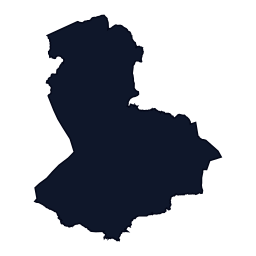 the district of Wassa East, Western, Ghana
{"feature_id": "2480657B7921909152770", "entity_name": "Wassa East", "entity_type": "district", "adm_level": 2, "iso_a3": "GHA", "parent_name": "Ghana", "parent_adm1": "Western", "projection": "albers", "projection_center": [-1.647, 5.368], "detail": "fine", "context": "isolated", "style": "filled", "palette": "ink", "viewbox_px": 256, "rotation_deg": 0, "n_neighbors": 0, "source": "geoboundaries", "source_scale": "gbopen_adm2", "svg_char_len": 5773}
<svg xmlns="http://www.w3.org/2000/svg" viewBox="0 0 256 256"><path d="M146.8,215.8L148.3,214.6L151.3,214.4L151.9,213.7L151.9,212.9L152.1,212.7L152.8,213.5L152.4,214.2L152.5,214.4L153.1,213.9L154.3,213.7L156.8,213.9L158.2,213.5L160.0,213.5L162.4,212.2L162.9,212.4L164.4,212.3L165.2,211.3L165.8,211.0L165.5,209.2L166.6,208.1L168.7,209.7L169.9,209.3L170.1,208.5L169.5,207.4L169.7,206.5L170.5,205.6L170.8,204.2L170.0,203.0L170.4,201.9L170.0,200.3L170.6,198.9L170.8,197.4L171.5,196.5L173.8,195.6L174.3,195.8L175.0,195.2L175.0,194.8L176.1,193.9L176.4,193.9L177.0,194.6L178.6,194.8L179.3,194.4L180.1,194.7L180.7,194.5L181.3,194.6L181.8,194.4L182.7,194.6L183.2,194.1L184.0,194.7L185.1,193.7L186.4,193.8L187.8,193.2L188.2,193.3L188.6,193.9L189.1,193.9L191.8,193.8L192.3,193.3L193.1,193.8L194.6,193.7L195.8,194.3L198.0,193.4L198.5,192.9L199.1,192.7L200.2,192.8L200.8,193.3L202.1,193.1L202.5,190.5L201.6,187.9L201.2,185.1L201.5,183.1L201.5,177.8L202.6,172.1L202.5,171.2L203.0,169.4L206.6,169.5L209.7,160.6L221.2,157.0L218.0,151.2L215.3,148.8L205.8,140.4L203.7,139.8L202.0,139.7L199.2,137.8L198.7,136.6L197.9,136.4L195.6,122.5L190.4,124.2L190.1,121.8L188.9,119.4L187.0,117.4L186.0,116.9L184.5,115.3L182.9,115.4L179.1,114.5L177.6,115.2L177.5,115.5L175.7,117.2L174.8,118.0L174.4,118.0L173.4,117.7L172.9,116.3L171.0,115.8L170.6,115.1L170.7,114.7L169.6,113.8L168.9,113.9L168.5,113.5L167.7,113.5L167.5,113.8L165.2,113.8L165.0,113.7L165.3,113.5L164.4,113.5L164.3,112.5L162.1,111.9L161.9,112.2L161.3,111.7L160.7,112.5L160.7,112.1L160.5,112.3L159.2,111.5L158.3,111.5L156.9,110.4L156.1,110.3L156.0,110.0L155.8,110.1L155.3,109.0L154.3,108.7L152.7,109.3L152.5,109.1L152.2,109.5L152.1,109.2L151.8,109.7L151.3,109.4L151.0,109.6L151.0,109.9L150.2,110.2L148.6,110.2L147.9,110.7L146.4,110.5L143.8,110.8L142.7,110.3L141.6,110.7L140.9,110.3L140.6,110.6L139.0,110.1L137.3,108.3L137.2,107.8L136.7,107.8L137.5,106.3L136.8,106.5L136.3,106.3L135.4,105.4L134.8,106.0L134.3,105.8L133.9,106.3L133.7,106.0L133.9,105.1L133.5,105.5L133.2,105.2L132.5,105.3L132.0,104.7L130.6,104.3L129.7,106.7L129.0,106.5L128.7,106.9L127.8,105.9L127.4,106.0L128.1,103.3L128.0,101.9L130.0,98.5L132.7,96.8L135.1,96.3L137.4,95.3L138.5,94.2L138.3,91.8L136.5,91.1L135.7,90.4L134.7,89.2L134.0,88.0L134.1,83.3L133.3,81.2L133.3,78.9L132.8,75.3L132.2,73.4L133.0,66.7L132.5,66.1L132.8,65.3L133.3,65.2L134.2,64.0L134.9,61.8L135.8,60.8L138.6,60.8L140.0,61.6L141.3,61.8L141.6,61.6L141.1,59.4L141.2,58.2L141.8,56.2L141.8,55.2L142.8,53.4L143.1,51.5L142.8,51.0L142.3,51.0L142.2,50.5L142.6,49.9L142.1,48.5L142.5,47.9L141.4,47.2L140.1,47.1L139.3,46.4L137.1,46.8L136.1,47.7L135.8,47.2L136.3,46.1L135.6,44.6L135.2,42.7L134.1,42.0L133.2,40.9L131.9,38.8L131.7,36.6L131.4,36.2L131.5,36.0L131.2,36.0L130.5,33.3L129.7,32.0L128.0,31.5L127.3,29.9L126.1,28.7L123.7,27.5L121.8,25.9L120.3,25.4L117.4,25.6L116.1,25.1L115.4,25.2L112.5,27.1L111.5,28.1L110.6,28.5L108.8,28.7L107.9,29.4L108.2,27.6L108.0,22.6L107.0,19.4L107.0,18.5L105.8,17.3L105.5,17.2L104.1,15.4L101.3,15.6L99.8,16.4L97.0,17.0L95.9,17.6L94.3,17.5L92.7,17.8L92.0,18.2L91.4,18.9L91.0,19.7L90.2,20.3L89.5,20.7L87.4,20.8L86.4,21.2L84.8,21.3L83.0,22.6L82.8,23.0L79.1,22.4L78.2,21.8L77.5,21.7L47.3,35.5L48.3,36.3L48.5,38.2L49.7,39.1L49.8,41.1L50.5,42.5L50.2,43.8L50.6,45.3L50.2,46.8L50.6,48.6L49.4,51.2L48.7,51.5L48.8,53.8L49.6,55.0L49.9,57.2L51.8,56.5L52.3,56.9L52.3,57.7L54.6,58.4L55.4,58.2L56.0,56.6L57.6,55.8L59.0,55.8L61.1,56.4L62.0,57.8L63.3,58.5L63.8,59.2L63.8,59.8L64.2,60.0L64.1,60.5L63.5,61.7L63.4,62.7L63.2,62.6L63.0,63.1L62.7,62.7L62.2,62.8L62.0,63.6L61.3,64.2L60.0,66.1L59.6,67.7L58.8,68.5L58.4,68.5L58.2,69.3L57.3,69.6L57.0,70.3L57.1,70.7L56.8,72.3L57.1,73.1L57.1,73.6L55.6,74.3L54.6,74.4L52.8,74.1L51.8,74.4L51.3,75.3L51.6,76.2L51.1,76.9L48.7,78.4L48.4,79.1L48.4,80.1L48.1,80.4L47.0,80.7L46.5,82.8L47.1,83.1L48.0,83.0L49.1,83.6L49.4,84.1L49.3,84.8L50.3,85.7L51.3,87.0L51.5,87.6L51.3,88.8L50.8,90.1L51.3,91.4L51.1,92.8L50.5,94.0L48.8,94.9L48.2,95.8L53.9,110.1L58.0,119.0L63.3,127.8L70.2,138.7L74.3,152.0L68.4,158.1L59.2,165.1L52.4,172.1L46.9,178.3L39.7,183.6L35.1,187.8L37.1,198.7L34.8,201.4L36.3,202.1L38.9,202.4L43.8,205.0L44.1,205.5L44.8,205.9L45.6,206.2L46.3,207.3L48.1,207.9L49.8,209.1L50.4,209.0L51.7,209.6L53.8,210.7L54.7,211.4L56.1,211.7L57.0,212.8L57.8,215.2L58.8,215.8L59.2,216.4L59.1,216.8L58.5,217.1L58.3,218.0L58.5,218.2L59.4,218.1L59.3,218.8L60.2,219.5L61.0,219.6L60.7,220.1L61.6,220.6L60.9,221.0L60.8,221.6L61.2,223.1L62.0,223.8L63.0,223.4L63.7,223.7L63.7,224.3L64.6,224.9L64.7,225.4L65.7,225.5L65.9,225.8L66.8,226.0L67.9,225.9L69.0,226.8L69.5,226.4L69.8,226.7L70.4,226.5L71.0,225.8L71.4,226.2L71.8,226.3L71.7,226.0L72.1,225.6L73.2,225.7L73.7,225.0L75.5,224.1L77.6,223.9L78.2,223.5L80.2,223.4L82.7,225.4L83.2,225.5L85.9,227.4L87.2,227.5L87.6,227.9L88.3,229.3L89.6,229.8L90.2,230.7L91.1,231.2L95.8,231.6L103.8,231.3L103.3,231.9L103.4,232.4L104.3,233.2L105.4,233.7L105.8,234.9L104.6,237.2L104.1,237.3L104.3,238.3L104.8,237.5L105.8,237.7L106.3,238.3L107.3,237.5L107.7,237.5L108.0,238.3L108.2,238.2L108.2,238.7L108.7,238.1L109.3,237.9L109.5,238.2L109.8,238.1L110.5,238.4L111.1,237.6L112.0,238.1L112.4,238.0L112.8,237.5L113.6,237.9L113.8,238.4L114.3,238.5L114.7,239.0L115.0,238.8L115.6,239.3L116.4,239.4L116.3,239.9L117.1,240.6L117.4,240.5L117.4,240.2L118.0,240.2L118.7,240.1L118.7,240.4L119.1,240.6L119.4,239.7L118.5,238.3L118.7,237.3L119.9,235.6L120.3,234.0L120.5,233.6L121.5,233.1L122.1,231.4L122.5,231.3L124.0,231.6L125.6,231.3L127.8,231.5L125.5,229.7L124.8,229.5L124.9,228.9L126.0,228.8L127.1,227.0L128.4,226.0L130.1,226.7L129.9,226.0L131.2,224.6L130.5,222.6L131.1,221.9L130.9,221.3L131.2,220.6L131.5,220.3L132.1,220.5L132.5,220.1L132.6,219.4L133.2,218.9L134.1,218.3L135.0,218.5L136.4,216.7L138.7,215.8L146.8,215.8Z" fill="#0f172a" stroke="#020617" stroke-width="1.5"/></svg>